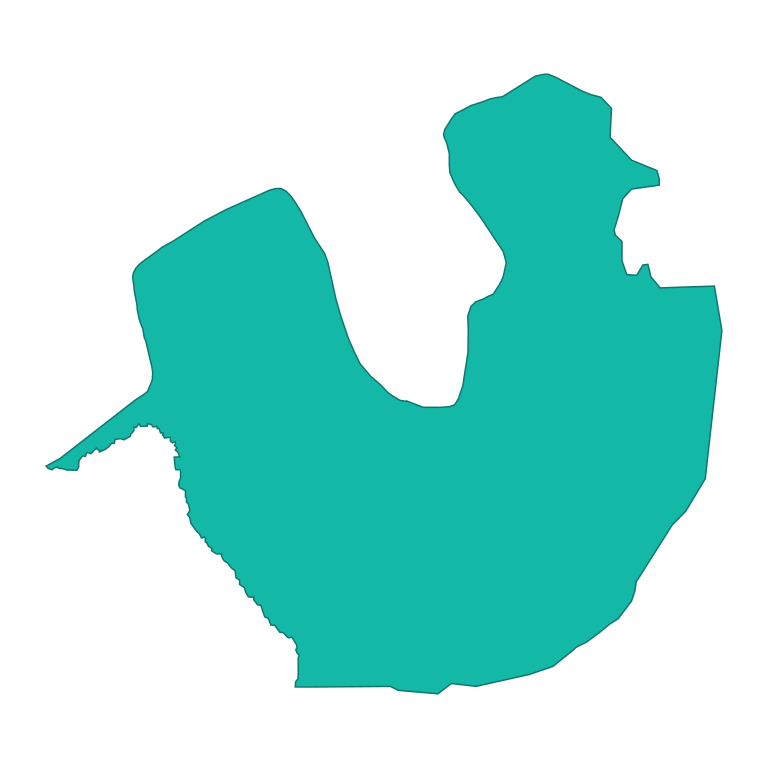 the district of Kantora, Upper River, Gambia
{"feature_id": "56634734B33233148834926", "entity_name": "Kantora", "entity_type": "district", "adm_level": 2, "iso_a3": "GMB", "parent_name": "Gambia", "parent_adm1": "Upper River", "projection": "robinson", "projection_center": [-13.936, 13.414], "detail": "fine", "context": "isolated", "style": "filled", "palette": "teal", "viewbox_px": 768, "rotation_deg": 0, "n_neighbors": 0, "source": "geoboundaries", "source_scale": "gbopen_adm2", "svg_char_len": 4066}
<svg xmlns="http://www.w3.org/2000/svg" viewBox="0 0 768 768"><path d="M295.3,687.0L312.5,687.0L390.4,686.4L398.5,690.4L437.9,693.8L451.4,683.5L476.6,686.4L477.1,685.9L477.1,686.1L529.9,674.3L531.8,673.6L553.0,666.4L574.1,649.3L575.9,647.4L579.4,645.6L586.5,642.1L600.0,632.1L609.6,624.1L618.2,618.7L631.5,601.1L634.8,591.2L636.4,581.0L637.9,579.3L639.8,576.3L672.1,525.1L685.7,511.3L705.3,478.7L707.3,460.2L711.3,424.8L721.9,330.6L714.4,286.1L674.4,287.4L660.1,287.9L650.9,276.8L647.9,264.3L642.9,265.0L636.7,275.3L626.8,274.6L622.0,260.8L622.0,258.5L622.0,241.5L615.3,235.2L614.1,229.7L614.5,228.5L616.7,221.4L617.1,220.0L618.4,215.9L622.8,198.7L631.5,189.1L659.3,185.1L659.3,178.9L656.9,170.6L631.6,160.2L610.1,137.3L611.5,108.4L601.0,97.3L590.6,94.5L581.9,91.0L560.2,79.6L556.7,77.7L548.1,74.2L544.4,74.2L535.1,76.2L530.9,78.9L502.3,96.8L497.4,97.4L490.6,98.8L481.3,102.2L470.8,105.6L464.7,108.9L464.6,109.0L455.3,113.7L451.6,118.6L444.8,129.5L443.5,134.4L444.1,137.1L446.6,142.7L449.3,153.4L449.3,165.1L449.9,172.7L452.2,178.0L454.7,183.7L459.6,192.0L463.3,195.5L469.2,202.5L469.7,203.2L471.9,205.9L479.3,215.6L482.2,219.8L487.8,228.3L497.5,242.9L503.2,251.5L506.3,262.6L503.1,277.0L501.2,281.2L499.4,284.6L493.2,294.2L488.2,296.3L483.3,299.0L475.9,301.7L470.9,306.5L469.1,312.1L467.8,316.1L468.3,330.6L468.1,342.1L468.0,352.3L463.9,378.6L462.9,385.4L458.5,398.5L454.8,404.7L449.3,406.7L449.2,406.7L443.6,407.1L442.4,407.2L440.0,407.4L436.5,407.3L433.1,407.3L427.9,407.3L423.3,407.3L406.7,401.0L406.6,401.4L399.8,400.3L392.0,395.5L388.5,393.1L384.8,389.3L380.4,384.7L370.8,376.4L369.0,374.2L360.2,364.0L358.5,360.5L354.9,353.3L348.6,339.0L340.9,316.3L336.1,299.8L331.3,278.0L327.8,262.1L324.6,253.4L314.4,237.9L301.0,211.6L299.8,209.7L294.3,200.9L290.8,196.1L286.2,191.3L281.2,188.5L275.9,188.5L269.8,190.1L226.3,209.5L209.9,218.1L203.9,221.3L198.5,224.8L195.3,226.8L173.3,241.0L161.9,247.3L157.6,250.8L153.7,253.6L145.5,259.5L139.5,264.2L135.9,268.2L133.4,272.9L132.7,277.7L133.9,286.2L134.2,290.6L136.0,299.7L137.0,305.3L137.3,310.0L139.1,318.7L140.5,323.1L142.9,329.1L143.3,331.9L143.7,333.9L144.3,337.8L145.7,340.6L152.0,367.6L152.7,372.8L152.3,379.5L151.3,382.7L147.3,391.8L142.2,395.5L135.0,400.2L59.9,458.6L46.1,466.1L46.9,467.0L47.5,467.7L48.0,468.2L48.2,468.5L48.5,468.6L52.5,469.7L53.5,468.5L56.7,466.9L59.2,468.5L61.7,468.5L67.4,470.1L76.9,470.2L78.7,467.0L78.7,463.4L79.1,460.3L82.7,455.9L85.5,456.3L86.6,452.8L88.4,452.8L91.2,453.6L96.2,448.1L97.6,449.6L99.4,450.1L99.4,452.0L105.4,449.3L109.0,446.5L111.5,443.4L114.3,443.4L115.0,439.4L118.2,439.0L120.4,438.6L123.9,439.8L130.3,436.3L130.7,434.3L133.9,430.8L133.9,426.8L136.0,427.6L138.9,423.7L140.6,426.4L144.5,426.1L147.4,426.1L147.4,423.7L151.3,424.5L153.1,426.9L157.0,426.5L157.3,428.5L159.1,428.5L160.5,432.9L163.0,432.9L162.6,435.3L163.7,436.1L164.4,438.0L170.4,437.3L170.4,440.2L170.4,441.2L171.5,442.0L172.5,442.8L175.4,441.7L175.4,443.3L174.6,445.6L177.1,448.0L175.3,449.6L175.7,450.4L177.4,451.6L178.5,453.6L179.9,456.8L174.2,457.1L175.3,468.2L176.0,469.8L177.0,469.8L179.9,469.5L180.6,471.4L180.5,478.6L179.1,481.3L178.7,485.3L180.2,488.1L182.3,488.9L185.5,490.9L185.4,496.8L186.5,498.4L186.5,502.0L188.6,504.4L189.2,507.7L189.8,510.9L187.3,514.5L189.8,517.7L190.8,523.2L197.2,532.0L199.3,533.6L200.8,536.6L201.4,538.0L202.5,538.0L203.9,536.8L205.3,538.0L205.3,539.1L205.3,540.0L205.3,542.0L206.0,542.4L206.7,542.8L207.6,544.5L208.5,546.3L211.7,548.3L211.7,550.7L213.8,552.3L216.6,553.9L221.6,553.9L221.6,555.5L222.7,558.7L224.4,561.1L227.3,562.7L231.8,568.3L235.0,570.6L236.1,577.8L239.6,580.2L239.6,584.5L244.5,587.7L245.6,592.1L248.4,596.9L254.1,597.3L253.7,599.7L257.6,604.9L260.8,605.3L264.7,616.8L268.2,618.4L271.0,625.2L274.6,625.2L279.9,632.3L283.4,632.7L287.3,637.1L289.1,637.9L291.9,637.1L292.8,638.5L293.4,639.7L293.5,639.8L293.8,640.2L294.4,641.2L296.5,644.7L297.2,648.3L295.8,649.5L296.7,652.4L296.8,652.6L299.3,655.4L298.2,657.4L298.2,665.4L298.2,671.2L298.1,678.4L295.6,682.0L295.4,685.4L295.3,686.3L295.3,687.0Z" fill="#14b8a6" stroke="#0f766e" stroke-width="1.5"/></svg>